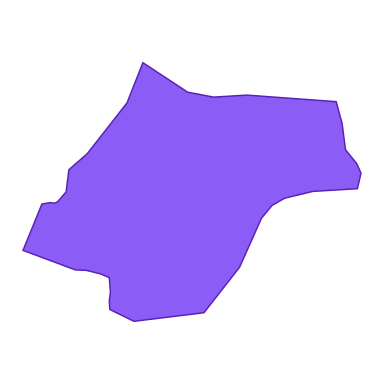 outline of Mislinja
{"feature_id": "SVN-971", "entity_name": "Mislinja", "entity_type": "Municipality", "adm_level": 1, "iso_a3": "SVN", "parent_name": "Slovenia", "parent_adm1": "", "projection": "natural_earth1", "projection_center": [15.22, 46.45], "detail": "fine", "context": "isolated", "style": "filled", "palette": "violet", "viewbox_px": 384, "rotation_deg": 0, "n_neighbors": 0, "source": "natural_earth", "source_scale": "10m", "svg_char_len": 526}
<svg xmlns="http://www.w3.org/2000/svg" viewBox="0 0 384 384"><path d="M336.2,101.7L342.1,123.4L345.5,149.7L356.8,163.7L361.0,173.3L357.4,188.7L312.8,191.4L284.6,198.2L272.0,205.5L261.5,218.2L239.6,267.2L204.0,312.7L133.9,321.3L109.8,309.5L109.3,300.9L110.4,291.9L109.3,277.6L100.1,273.8L86.4,270.4L75.3,269.9L23.0,250.4L41.9,204.1L49.8,202.6L54.7,203.2L57.8,201.6L66.1,191.9L68.9,169.7L87.2,153.7L127.0,102.9L142.9,62.7L187.7,92.2L213.6,97.1L247.0,95.1L336.2,101.7Z" fill="#8b5cf6" stroke="#5b21b6" stroke-width="1.5"/></svg>